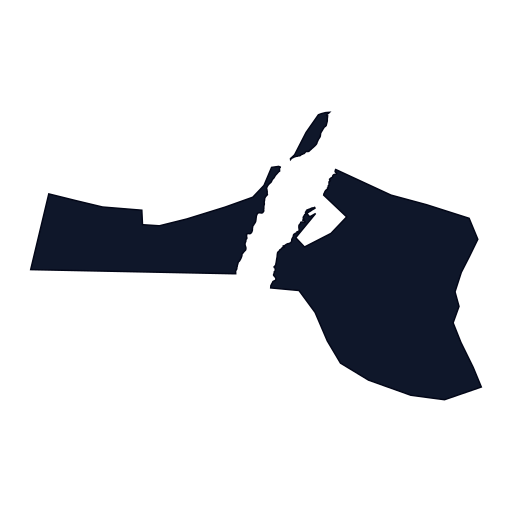 Zemam Out, Al Bahr al Ahmar, Egypt (orthographic projection)
{"feature_id": "37247803B53216268294562", "entity_name": "Zemam Out", "entity_type": "district", "adm_level": 2, "iso_a3": "EGY", "parent_name": "Egypt", "parent_adm1": "Al Bahr al Ahmar", "projection": "orthographic", "projection_center": [31.011, 28.84], "detail": "fine", "context": "isolated", "style": "filled", "palette": "ink", "viewbox_px": 512, "rotation_deg": 0, "n_neighbors": 0, "source": "geoboundaries", "source_scale": "gbopen_adm2", "svg_char_len": 5999}
<svg xmlns="http://www.w3.org/2000/svg" viewBox="0 0 512 512"><path d="M270.7,287.9L299.0,290.5L315.1,312.4L327.3,340.9L340.5,363.1L368.5,380.1L411.0,395.3L444.5,399.7L481.3,387.0L473.2,367.4L460.9,342.4L453.1,322.8L459.0,306.4L455.0,291.8L461.3,272.3L469.3,256.7L477.8,239.3L469.1,218.3L426.5,204.7L391.0,195.1L335.7,169.5L335.4,170.0L335.3,170.7L335.1,171.3L335.4,172.1L335.6,172.3L335.9,172.3L336.4,172.6L336.6,173.1L336.7,173.5L336.5,173.8L336.2,174.2L335.8,174.2L334.5,174.5L334.2,174.5L333.8,174.7L333.4,175.0L333.0,175.4L332.9,175.5L332.9,175.8L332.8,176.7L332.7,176.7L332.7,176.9L332.5,177.1L332.2,177.3L331.1,177.9L329.6,179.2L329.6,179.5L329.6,179.9L329.9,180.2L330.2,180.5L330.3,180.7L330.0,181.0L329.5,181.4L329.0,181.9L329.0,182.1L329.0,182.3L329.1,185.0L328.9,185.2L328.7,185.3L328.2,185.9L328.2,187.6L327.6,187.9L327.5,188.0L327.6,188.3L327.6,188.7L327.7,188.9L327.7,189.2L327.6,189.3L326.8,189.5L326.5,189.7L326.5,190.0L325.9,190.3L325.7,190.5L325.4,190.9L325.0,191.5L324.5,192.8L324.0,193.6L323.8,194.3L323.8,194.8L323.7,195.1L346.7,216.9L331.0,233.4L304.5,247.0L295.7,237.7L315.6,213.5L314.2,214.3L313.5,214.7L310.5,216.4L309.4,216.5L308.4,215.4L308.1,214.9L307.7,214.6L307.4,214.1L307.3,213.7L307.3,213.2L307.6,212.8L308.7,212.1L309.2,211.7L309.8,211.5L310.7,210.8L311.3,210.5L311.7,210.1L314.2,208.7L315.0,208.1L314.6,207.4L313.4,207.9L313.4,208.2L313.1,208.3L312.6,208.3L312.2,207.9L309.6,209.1L309.6,209.3L308.5,209.4L308.0,209.8L307.2,209.9L307.0,210.0L307.0,210.5L306.7,210.8L306.3,211.0L306.2,211.1L306.2,211.5L305.6,212.1L305.5,212.5L305.7,213.3L306.0,213.7L306.1,214.1L306.0,214.4L305.8,214.4L305.5,214.5L305.2,214.4L304.8,214.5L304.2,215.7L303.5,216.7L303.2,217.7L303.2,218.1L303.3,218.4L303.9,218.9L303.9,219.2L303.9,219.4L303.5,219.6L303.1,219.7L302.9,219.9L302.8,220.1L302.9,220.3L303.0,220.5L303.7,220.5L303.8,220.6L304.2,220.6L304.7,221.2L305.2,221.5L305.3,221.8L305.3,222.0L305.2,222.2L304.8,222.5L304.4,222.4L303.9,222.4L302.3,222.1L301.3,222.1L300.8,222.3L300.7,222.8L300.3,223.5L300.2,223.9L299.3,224.7L299.3,225.1L298.9,225.7L298.9,227.6L298.9,228.0L299.1,228.7L299.2,229.7L299.0,230.3L299.2,231.0L299.2,231.4L299.1,232.0L298.8,232.2L298.4,232.3L297.8,231.9L297.7,231.6L297.2,231.7L297.0,231.9L296.9,232.0L296.9,232.6L296.7,233.1L296.3,233.2L295.5,233.2L295.0,233.6L294.7,234.0L294.2,234.1L293.9,234.4L293.9,234.6L293.5,235.0L293.4,235.3L293.4,235.8L293.4,236.2L292.9,237.3L292.7,237.6L292.3,238.3L292.1,238.7L291.8,239.4L291.7,241.0L291.5,241.5L291.0,242.5L289.4,243.4L288.8,243.6L288.2,243.6L287.5,243.8L286.3,244.4L284.4,245.8L283.3,245.9L283.3,246.3L284.2,246.4L284.5,246.6L284.5,247.1L284.4,247.3L283.8,247.5L282.8,247.3L282.3,247.7L281.2,249.0L279.7,250.0L279.0,251.4L278.3,251.7L277.6,252.7L277.3,254.4L277.1,257.0L276.7,259.0L276.2,262.4L275.9,263.7L275.8,264.7L274.6,266.5L274.1,266.8L274.3,267.6L274.8,267.9L275.2,268.4L275.4,269.1L275.2,269.7L275.3,269.9L275.0,271.1L274.8,271.5L274.5,271.9L274.2,272.0L274.3,272.7L274.2,273.2L273.6,274.5L273.6,275.2L274.0,275.8L274.9,276.7L275.9,278.3L275.9,279.2L275.7,279.9L275.4,280.3L274.6,280.7L273.3,281.3L272.8,281.8L272.6,282.4L271.5,284.3L271.3,284.9L270.9,285.5L270.7,287.9ZM280.8,167.3L278.7,166.4L271.6,167.4L264.0,185.4L252.8,197.2L225.1,207.1L186.7,219.0L159.4,225.8L142.5,224.7L141.8,210.2L102.5,207.0L76.2,200.7L48.8,193.9L30.7,269.6L232.2,273.7L235.7,273.7L235.6,271.2L235.8,270.6L236.7,269.1L236.8,268.5L236.8,268.1L236.8,267.6L237.2,266.4L237.4,265.0L237.6,264.5L237.9,263.5L238.0,263.1L238.2,262.2L239.5,260.9L240.5,259.2L240.7,258.7L241.0,258.2L241.1,257.8L241.4,257.2L241.7,256.3L241.9,255.6L241.9,254.8L241.8,254.4L244.1,251.5L245.5,250.1L245.7,249.7L245.8,249.1L245.9,248.5L245.8,247.2L245.6,246.8L245.0,244.9L245.1,242.8L245.4,242.3L245.8,241.3L245.9,240.5L245.7,240.0L245.8,239.6L246.3,239.1L246.7,238.7L246.9,237.9L246.6,237.2L246.6,234.8L246.5,234.2L246.8,233.9L248.4,233.5L249.6,233.7L250.2,233.6L250.8,233.2L251.4,232.6L251.8,231.9L252.3,230.5L252.4,229.8L252.4,228.4L252.8,226.2L253.0,225.6L253.7,224.9L254.0,224.2L254.8,223.1L255.5,221.8L255.7,221.1L255.6,220.9L255.9,220.1L256.0,218.8L256.4,215.9L256.6,215.3L257.3,213.7L257.6,213.3L258.6,212.8L260.2,212.7L260.6,212.9L261.4,213.0L261.7,213.0L262.0,212.9L262.4,212.8L262.8,212.5L263.1,212.0L263.5,211.4L263.4,211.4L263.6,211.1L263.6,209.7L263.8,208.6L263.8,207.5L263.8,207.3L263.8,206.7L263.7,206.3L263.9,206.0L263.9,205.7L264.3,204.4L264.3,203.9L264.3,203.6L264.3,203.0L264.2,202.7L264.1,202.2L264.5,200.5L264.6,199.5L264.7,198.4L264.9,197.9L265.1,197.5L265.5,196.8L266.5,195.6L267.4,194.7L267.1,193.3L267.2,191.7L266.8,189.2L266.5,188.2L266.6,187.7L266.9,187.3L267.4,186.2L268.4,184.7L269.7,183.4L270.5,182.7L271.1,182.1L271.5,181.4L272.0,180.2L272.8,179.0L273.5,178.4L274.1,177.6L275.2,175.7L275.6,175.1L276.3,174.4L278.4,172.0L278.8,171.6L279.6,171.1L279.6,170.6L279.5,169.4L279.6,167.6L279.8,167.4L280.8,167.3ZM329.5,112.3L325.6,112.6L321.3,113.7L318.4,114.8L306.1,132.4L294.6,154.8L292.3,157.0L290.5,158.6L290.6,159.5L290.7,159.4L291.0,158.8L291.2,158.7L291.8,158.2L292.5,157.8L293.1,157.6L293.7,157.2L294.8,156.8L296.3,156.3L296.7,156.3L297.2,156.2L297.6,156.2L298.2,155.9L298.6,155.8L299.5,155.8L299.8,155.7L300.5,155.4L300.6,155.1L300.9,155.0L301.3,154.5L301.6,154.3L302.1,154.3L302.5,154.2L302.8,153.9L303.8,153.6L304.1,153.5L304.6,153.0L305.2,152.3L305.6,151.7L305.9,151.6L306.7,151.5L307.4,151.5L307.9,151.5L308.7,151.4L309.0,151.2L310.5,149.7L311.0,149.4L311.7,148.6L312.6,147.9L314.8,145.9L316.1,144.5L316.7,143.6L316.9,143.0L316.9,142.9L317.1,142.2L317.9,140.5L318.2,139.8L318.7,138.9L319.8,137.3L320.1,136.6L320.3,136.1L320.3,135.5L320.5,135.0L320.5,134.0L320.7,133.1L321.2,132.1L322.5,130.0L322.9,129.2L323.4,128.5L324.1,127.3L324.6,126.8L325.5,126.3L325.7,126.0L326.2,125.4L326.6,123.6L326.8,122.9L327.3,120.9L327.3,118.8L327.5,117.1L327.6,115.8L327.3,115.8L326.9,115.8L326.6,115.6L326.5,115.4L326.5,115.0L326.7,114.7L327.7,113.8L328.4,113.4L329.5,112.3Z" fill="#0f172a" stroke="#020617" stroke-width="1.5"/></svg>